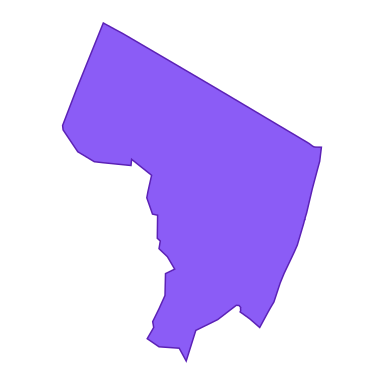 Bergen, New Jersey, United States of America
{"feature_id": "52423323B23677933151668", "entity_name": "Bergen", "entity_type": "district", "adm_level": 2, "iso_a3": "USA", "parent_name": "United States of America", "parent_adm1": "New Jersey", "projection": "mercator", "projection_center": [-74.048, 40.948], "detail": "fine", "context": "isolated", "style": "filled", "palette": "violet", "viewbox_px": 384, "rotation_deg": 0, "n_neighbors": 0, "source": "geoboundaries", "source_scale": "gbopen_adm2", "svg_char_len": 936}
<svg xmlns="http://www.w3.org/2000/svg" viewBox="0 0 384 384"><path d="M147.2,338.7L159.0,346.8L179.2,348.2L186.2,361.0L195.8,330.4L217.7,319.6L236.3,305.3L239.1,305.5L240.7,307.5L240.5,308.5L240.7,310.4L240.1,311.9L249.7,318.8L259.7,327.5L268.3,311.6L269.1,310.2L270.5,307.7L273.9,302.0L280.2,282.9L284.1,273.4L291.1,258.7L294.3,251.9L297.3,245.1L303.7,223.4L304.6,219.7L305.0,219.6L305.1,217.9L306.6,213.0L312.3,188.8L313.9,182.8L318.0,167.5L319.7,161.3L321.4,147.2L315.4,147.1L313.8,146.8L312.4,146.0L309.1,143.5L276.8,124.3L220.4,90.8L185.0,70.0L182.1,68.3L123.2,33.8L114.3,29.0L103.3,23.0L76.5,89.3L62.6,125.5L63.1,129.9L77.8,151.8L94.3,161.7L102.9,162.7L131.0,165.5L131.6,159.3L151.6,175.3L147.9,191.8L146.8,197.8L152.5,214.1L157.6,215.2L157.3,238.3L160.3,241.0L159.0,248.7L167.4,256.7L174.7,269.1L165.5,273.6L165.0,295.5L159.2,308.4L152.7,321.6L153.7,327.5L147.2,338.7Z" fill="#8b5cf6" stroke="#5b21b6" stroke-width="1.5"/></svg>